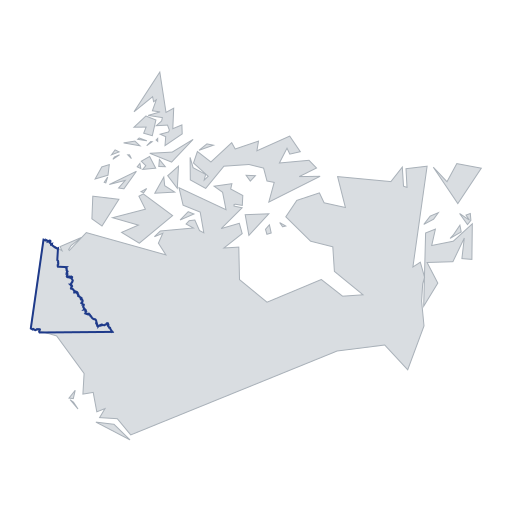 location of Yukon within Canada
{"feature_id": "CAN-636", "entity_name": "Yukon", "entity_type": "Territory", "adm_level": 1, "iso_a3": "CAN", "parent_name": "Canada", "parent_adm1": "", "projection": "albers", "projection_center": [-131.937, 64.827], "detail": "fine", "context": "in_parent", "style": "outline", "palette": "blue", "viewbox_px": 512, "rotation_deg": 0, "n_neighbors": 0, "source": "natural_earth", "source_scale": "10m", "svg_char_len": 8666}
<svg xmlns="http://www.w3.org/2000/svg" viewBox="0 0 512 512"><path d="M84.1,373.5L56.6,335.9L30.7,328.5L43.5,239.7L62.1,250.8L60.1,246.6L81.5,237.4L71.1,245.6L68.6,249.5L69.3,250.5L86.3,232.6L165.9,254.9L158.4,243.2L162.8,233.3L154.4,236.7L160.3,231.0L193.4,228.0L186.1,224.0L189.2,220.7L194.8,220.0L199.5,230.6L203.8,232.8L200.2,212.1L183.1,205.2L179.0,187.7L226.0,209.7L222.6,192.3L214.1,186.2L231.9,183.7L230.7,189.0L242.8,195.5L242.3,205.4L235.2,204.2L234.0,204.6L234.1,206.1L242.1,207.8L221.2,228.6L239.3,223.3L242.2,233.6L223.9,248.0L238.8,247.1L239.5,279.6L267.0,302.2L321.3,279.5L342.6,296.2L363.0,294.8L334.4,271.4L332.8,246.8L310.6,241.2L285.8,216.8L296.8,200.4L319.4,192.9L324.1,202.8L345.4,207.5L337.6,176.6L390.9,181.6L402.3,167.1L403.5,186.2L407.0,187.4L406.0,168.7L427.1,166.2L412.9,267.0L420.3,262.2L424.6,277.3L422.7,283.7L421.6,301.1L424.0,325.9L407.7,369.8L384.7,345.0L337.1,351.0L130.7,434.9L117.3,418.7L99.6,417.6L105.0,408.6L96.8,411.8L93.2,392.4L82.9,394.1L84.1,373.5ZM204.2,180.1L208.2,176.3L193.5,163.0L197.4,151.5L210.9,162.0L231.7,142.7L235.2,149.0L258.5,141.1L256.9,150.8L289.7,136.1L300.3,151.7L289.8,154.1L287.0,148.2L279.4,163.0L309.0,160.3L316.5,168.0L299.2,176.6L320.1,176.3L268.8,202.1L274.2,182.4L267.0,181.0L263.6,168.1L249.0,164.5L223.9,166.2L205.7,188.4L190.3,179.9L190.1,157.4L193.1,167.7L205.6,174.4L204.2,180.1ZM134.0,111.8L159.8,72.1L166.0,112.4L173.7,108.2L172.8,128.7L181.9,124.9L182.2,133.9L165.0,145.6L165.7,136.7L160.2,134.2L168.5,132.0L169.4,130.2L167.5,125.1L156.3,125.7L161.6,121.0L162.4,117.6L148.2,115.4L160.1,111.9L152.4,110.8L156.3,99.8L153.6,101.7L152.6,96.7L134.0,111.8ZM112.6,217.7L145.4,209.2L138.9,196.2L143.3,193.9L172.6,215.6L139.3,243.2L121.6,232.4L138.4,225.1L112.6,217.7ZM452.9,261.7L427.1,262.5L437.8,283.1L423.7,306.2L425.6,233.0L435.4,229.1L431.7,245.5L453.3,241.2L472.3,223.8L471.9,259.4L461.9,258.6L464.3,238.0L452.9,261.7ZM92.8,196.2L118.9,199.3L102.0,226.0L91.9,218.8L92.8,196.2ZM134.0,127.2L145.9,116.0L155.9,120.0L152.3,135.7L143.7,133.2L146.1,127.1L134.0,127.2ZM149.8,153.3L172.2,152.1L193.1,139.4L171.6,162.1L149.8,153.3ZM109.3,184.5L136.4,171.3L123.9,188.8L118.6,188.0L125.2,180.4L109.3,184.5ZM433.3,167.2L447.0,181.7L456.8,163.6L481.3,168.2L457.8,203.6L433.3,167.2ZM154.8,193.2L163.8,177.1L164.7,185.7L174.7,192.1L154.8,193.2ZM248.9,235.4L245.2,214.7L268.8,213.8L248.9,235.4ZM167.7,175.7L178.5,166.1L177.3,188.3L167.7,175.7ZM109.3,164.6L108.0,175.2L95.1,179.0L101.8,166.9L109.3,164.6ZM149.6,156.5L155.7,168.2L142.7,169.4L145.8,165.7L141.3,161.2L149.6,156.5ZM123.6,142.9L134.9,141.1L140.0,145.8L123.6,142.9ZM95.9,422.1L114.0,424.3L130.0,439.9L95.9,422.1ZM199.0,150.3L206.9,143.9L213.4,145.2L199.0,150.3ZM180.1,220.0L188.2,211.7L193.9,214.0L180.1,220.0ZM159.4,159.5L165.3,166.7L158.8,166.5L159.4,159.5ZM139.2,138.0L146.9,140.8L137.7,139.3L139.2,138.0ZM246.1,175.3L255.4,175.7L250.3,181.1L246.1,175.3ZM114.4,157.0L119.5,154.8L112.9,159.3L114.4,157.0ZM146.7,188.5L143.7,192.7L141.0,191.7L146.7,188.5ZM459.6,213.5L469.4,220.1L466.0,215.1L470.3,213.5L470.9,220.3L467.5,224.6L459.6,213.5ZM115.1,149.9L119.1,151.9L111.5,154.8L115.1,149.9ZM438.3,212.7L433.6,219.2L423.8,224.4L430.2,216.1L438.3,212.7ZM269.4,224.8L271.2,233.0L266.9,234.3L265.5,229.3L269.4,224.8ZM69.0,398.1L75.2,390.3L73.3,398.6L69.0,398.1ZM146.7,145.7L150.8,141.5L152.2,141.7L146.7,145.7ZM139.9,163.4L140.9,168.6L137.2,166.8L139.9,163.4ZM450.1,238.4L453.5,234.7L459.9,225.2L461.2,231.9L450.1,238.4ZM279.7,222.6L285.7,226.0L282.6,226.8L279.7,222.6ZM107.7,177.0L105.8,182.9L104.2,182.3L107.7,177.0ZM157.7,138.4L157.7,141.4L156.1,140.0L157.7,138.4ZM129.5,154.8L131.4,158.6L127.7,154.8L129.5,154.8ZM70.1,399.7L73.5,402.2L78.0,409.0L70.1,399.7Z" fill="#d9dde1" stroke="#a8b0b8" stroke-width="1"/><path d="M32.8,329.6L30.8,328.5L30.8,328.4L43.5,239.7L43.8,239.8L43.9,240.0L44.0,240.0L44.0,239.9L44.6,240.2L45.4,240.4L46.0,240.5L46.3,240.4L47.1,240.5L48.1,241.0L47.5,240.7L47.7,241.0L48.8,241.4L49.0,241.7L49.5,241.8L49.9,242.7L50.6,243.4L51.0,244.2L51.0,244.6L51.4,244.5L51.6,244.7L51.8,244.1L51.6,244.2L51.8,244.0L52.0,244.2L52.0,244.7L52.0,244.8L52.3,245.3L52.7,245.7L54.5,247.1L54.9,247.1L55.0,247.3L54.8,247.2L54.8,247.3L55.2,247.5L55.5,247.8L56.1,247.8L56.3,247.9L56.4,248.1L56.6,248.2L57.1,248.6L57.4,248.7L57.6,248.5L57.8,248.5L57.8,248.4L58.0,248.3L57.3,259.7L57.4,260.0L57.4,260.4L57.9,260.7L58.0,260.8L58.1,261.2L58.2,261.7L58.2,261.9L58.2,262.0L58.1,262.5L58.0,262.8L58.3,263.1L58.3,263.3L58.2,263.3L58.3,263.9L58.2,264.1L58.1,264.6L57.8,264.9L57.7,265.0L57.8,265.3L57.7,265.7L57.7,265.8L57.7,266.1L57.8,266.4L57.9,266.7L66.6,267.1L66.4,267.3L65.8,267.3L65.6,267.5L66.2,268.0L66.4,268.2L66.4,268.3L66.5,268.5L66.6,268.8L66.8,269.0L66.7,269.4L66.5,269.7L66.5,269.8L66.8,270.2L66.7,270.5L66.9,270.7L67.1,271.1L67.4,271.3L67.1,271.6L67.0,271.8L67.0,272.0L67.2,272.3L67.2,272.5L66.8,272.4L66.7,272.6L66.7,273.1L66.5,273.8L67.2,273.9L67.4,274.0L67.4,274.3L67.4,274.7L67.4,275.1L67.4,275.3L67.0,275.6L66.9,275.8L66.8,276.1L67.2,276.3L67.1,276.9L67.2,277.1L68.0,277.3L68.2,277.2L68.3,276.9L68.5,276.9L69.1,276.6L69.7,276.5L69.9,276.6L69.9,276.8L69.9,277.0L69.6,277.6L69.9,277.7L70.3,277.6L70.3,277.3L70.4,277.1L70.6,277.0L70.9,276.6L71.2,276.5L71.3,276.6L71.4,277.0L71.6,277.1L71.9,276.9L72.1,277.0L72.1,277.4L71.4,277.8L71.2,278.1L71.2,278.3L72.0,279.1L72.3,279.6L72.4,279.8L72.6,280.1L72.8,280.8L72.6,281.0L72.4,281.2L72.3,281.5L72.2,281.8L72.2,282.2L72.0,282.3L72.0,282.5L71.3,283.1L71.2,283.3L71.2,283.7L70.9,283.8L70.6,284.3L70.3,284.3L70.6,284.4L70.6,284.6L70.3,284.6L70.6,284.9L70.7,285.0L70.7,284.8L70.9,284.8L71.1,284.6L71.3,284.9L71.2,285.5L71.5,285.7L71.9,285.7L72.0,285.8L72.1,286.2L72.0,286.3L71.8,286.3L71.7,286.6L71.4,286.8L71.4,287.0L71.5,287.4L71.5,287.6L71.4,287.8L71.0,288.0L70.9,288.2L71.2,288.7L71.5,288.5L72.1,288.7L72.8,289.3L73.2,289.4L73.7,290.3L74.1,290.7L74.5,290.8L74.7,291.1L74.6,291.4L74.4,291.7L74.2,292.0L74.2,292.4L74.8,292.3L75.0,292.5L75.2,292.4L75.5,292.3L75.6,292.2L75.8,292.1L75.9,291.7L76.0,291.6L76.5,291.9L77.0,292.0L77.3,292.4L77.3,292.6L77.6,292.9L77.3,293.4L77.7,293.5L77.9,294.0L78.1,294.2L77.9,294.6L77.9,294.8L78.2,295.3L78.2,295.6L78.5,295.5L78.6,295.9L78.6,296.1L78.7,296.3L79.4,296.7L79.6,296.6L80.0,297.0L80.2,297.3L80.3,297.5L81.0,297.9L81.3,297.8L81.5,298.0L81.4,298.2L81.3,298.3L81.1,298.3L81.0,298.5L80.7,298.5L80.6,298.8L80.9,299.2L81.4,298.8L81.5,298.9L81.6,299.0L81.6,299.3L81.5,299.5L82.1,299.6L82.1,299.9L82.4,300.1L82.7,300.9L82.4,301.2L82.4,301.3L82.4,301.8L82.1,302.1L81.7,302.3L81.5,302.5L81.4,303.0L81.5,303.0L81.8,303.0L82.2,303.6L82.5,303.6L82.7,304.3L82.8,304.4L82.7,304.6L82.8,304.6L83.2,304.9L83.6,304.8L83.8,304.8L83.8,305.0L83.6,305.5L83.4,306.0L83.4,306.4L83.4,306.5L83.2,306.6L83.1,306.8L83.5,307.2L83.8,307.8L83.7,307.9L83.8,308.1L83.9,308.3L84.1,308.3L84.2,308.5L84.3,308.6L84.3,308.9L84.5,309.0L84.2,309.4L84.1,309.5L84.7,309.4L85.2,309.9L85.6,310.0L85.8,310.1L85.9,310.4L85.8,310.6L85.5,310.6L85.5,310.9L85.4,311.0L85.5,311.2L85.8,311.4L85.5,311.6L85.4,311.8L85.6,312.5L85.8,312.8L85.9,313.0L85.6,313.4L85.5,313.5L85.8,313.6L86.3,313.9L86.8,313.7L87.2,313.8L87.3,313.8L87.5,313.9L87.6,314.3L87.9,314.4L88.1,313.9L88.3,313.7L88.9,313.7L89.1,314.1L89.7,314.5L89.6,314.8L89.9,315.0L90.2,315.3L90.4,315.7L90.5,316.1L90.9,316.1L91.1,316.2L91.5,316.9L91.5,317.3L91.7,317.6L92.0,317.8L92.5,318.4L93.0,318.6L93.2,318.9L93.5,319.0L93.8,319.2L94.5,319.3L94.8,319.1L95.6,319.6L95.7,319.8L95.8,320.2L96.1,320.4L96.1,320.8L96.3,321.3L96.5,322.2L96.4,322.5L96.5,322.8L96.4,323.0L96.1,323.1L96.1,323.3L96.3,323.6L96.6,323.3L96.9,323.4L96.9,323.9L97.1,324.4L97.1,324.8L97.1,325.3L97.3,325.5L97.3,325.8L97.3,326.0L97.6,326.2L97.9,325.9L98.0,326.0L98.3,326.2L98.3,326.3L98.8,325.7L99.1,325.5L99.5,325.8L100.1,325.8L100.3,325.7L100.4,325.4L100.3,325.1L100.5,324.9L100.8,324.9L100.9,325.0L100.9,325.3L101.0,325.4L101.4,325.4L101.5,325.4L101.6,324.8L101.7,324.6L101.8,324.5L102.2,324.6L102.7,325.0L103.5,325.1L104.4,325.3L104.8,325.1L105.2,324.6L105.9,324.4L106.6,324.4L106.6,323.9L106.6,323.7L106.7,323.4L106.8,323.3L107.1,323.4L107.5,323.4L107.8,323.2L108.0,323.4L108.2,324.2L108.5,324.8L108.5,325.1L108.0,325.6L108.0,325.9L108.2,326.3L108.9,326.9L109.0,327.2L109.2,327.7L109.8,327.6L110.0,327.7L110.1,327.8L110.2,328.1L110.3,328.6L110.4,329.0L110.7,329.5L111.0,330.0L111.5,330.6L111.7,331.1L111.5,331.7L111.6,331.9L112.2,331.6L112.3,331.6L112.5,331.7L112.6,331.9L39.6,332.5L39.1,331.7L39.8,329.7L39.9,329.4L39.7,329.2L37.0,329.1L35.5,330.2L35.2,330.2L33.3,328.9L33.2,328.9L32.9,329.5L32.8,329.6ZM49.8,240.5L50.4,240.9L50.5,241.1L50.4,241.3L50.0,241.2L49.6,241.6L49.3,241.4L49.2,241.1L48.9,241.2L49.4,240.6L49.8,240.5Z" fill="none" stroke="#1e3a8a" stroke-width="2"/></svg>